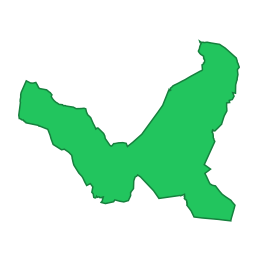 Atlixtac, Guerrero, Mexico (orthographic projection), rotated 92°
{"feature_id": "50627088B22623641614442", "entity_name": "Atlixtac", "entity_type": "district", "adm_level": 2, "iso_a3": "MEX", "parent_name": "Mexico", "parent_adm1": "Guerrero", "projection": "orthographic", "projection_center": [-98.897, 17.476], "detail": "fine", "context": "isolated", "style": "filled", "palette": "green", "viewbox_px": 256, "rotation_deg": 92, "n_neighbors": 0, "source": "geoboundaries", "source_scale": "gbopen_adm2", "svg_char_len": 4908}
<svg xmlns="http://www.w3.org/2000/svg" viewBox="0 0 256 256"><g transform="rotate(92 128 128)"><path d="M110.3,170.9L109.8,172.6L110.2,175.5L110.5,180.5L109.1,183.3L108.2,190.6L107.8,191.4L107.9,193.4L107.0,194.3L106.8,197.6L106.7,197.9L105.6,199.4L104.9,200.8L103.2,202.9L102.8,203.2L101.6,204.3L99.4,205.8L97.4,205.2L96.6,206.0L95.3,207.0L95.2,207.4L92.7,210.7L91.7,217.5L90.9,218.7L88.4,220.0L85.7,221.7L86.5,224.5L86.4,227.1L84.4,231.3L96.2,236.0L98.4,236.4L101.1,236.3L103.4,236.7L105.3,236.7L106.3,236.4L119.0,237.6L122.3,237.0L122.3,236.6L122.5,236.1L122.6,235.9L122.7,235.7L122.8,235.5L122.9,235.2L123.0,235.0L123.2,234.9L123.3,234.9L123.5,234.4L123.6,234.2L123.7,233.8L123.7,233.4L123.6,233.1L123.7,232.8L124.0,232.6L124.3,232.5L124.6,232.4L124.9,231.5L125.2,231.4L125.5,231.2L125.7,230.9L125.8,230.5L125.9,230.2L126.2,230.0L126.4,230.0L128.4,218.2L128.7,217.5L128.9,217.4L129.1,217.2L129.3,216.9L129.1,216.5L132.1,208.1L137.7,205.7L138.5,205.4L141.2,204.6L147.1,202.2L148.7,199.4L152.1,193.6L151.4,190.9L154.0,186.8L154.7,185.9L157.3,183.3L159.0,182.9L159.1,182.7L159.4,182.8L159.7,182.8L159.9,182.8L163.8,181.8L165.8,181.2L166.7,180.9L167.6,180.4L174.8,175.5L178.0,172.3L179.9,171.1L181.1,170.5L183.3,169.4L186.9,167.3L184.9,163.7L188.1,161.1L193.5,161.9L194.6,160.8L195.1,160.5L198.5,159.8L199.0,158.6L199.0,158.1L198.9,157.9L198.8,157.7L198.1,157.4L197.5,157.1L198.0,156.9L198.1,156.6L198.2,156.3L198.2,156.2L198.3,156.1L198.2,155.9L197.9,155.8L197.9,155.6L197.9,155.3L197.9,154.8L197.9,154.6L198.0,154.3L198.3,154.3L198.4,154.2L198.2,153.9L198.4,153.7L198.5,153.6L198.5,153.3L198.5,153.1L198.5,152.9L198.6,152.7L198.7,152.3L198.6,152.1L198.4,151.9L198.2,151.8L198.2,151.7L198.2,151.4L198.0,151.0L197.8,150.3L202.4,151.4L202.5,151.6L202.6,151.8L202.8,152.0L203.3,152.3L204.3,147.9L202.2,139.8L200.3,138.7L201.5,133.4L202.0,129.6L200.5,125.1L195.5,123.0L192.4,123.2L192.1,123.0L192.1,122.9L191.9,122.9L188.4,120.4L180.6,120.4L176.7,119.2L176.3,118.5L175.7,117.5L174.8,116.8L174.6,116.7L176.5,113.7L177.5,112.7L189.8,100.2L197.3,94.6L193.6,73.7L193.7,73.3L193.9,73.0L193.7,72.6L193.6,72.3L192.3,69.3L192.5,69.3L192.6,69.2L193.2,69.1L193.5,69.1L194.1,69.0L194.3,69.0L194.4,68.9L194.5,68.9L194.6,69.0L194.6,69.3L194.9,69.2L195.0,69.0L195.3,68.9L195.5,68.9L195.7,69.0L195.8,69.0L196.0,69.0L196.3,69.1L196.3,68.9L196.6,68.9L196.8,68.8L196.9,68.7L197.0,68.7L197.4,68.4L197.4,68.1L197.5,68.1L197.8,67.6L197.8,67.4L197.9,67.2L198.1,67.1L198.6,67.0L198.9,66.8L199.1,66.8L199.3,66.8L199.4,66.7L199.5,66.6L199.8,66.6L200.0,66.7L200.3,66.7L200.5,66.4L200.8,66.3L201.0,66.5L201.3,66.5L201.5,66.5L201.6,66.4L201.7,66.2L201.8,66.2L202.0,66.4L202.3,66.4L202.6,66.2L202.7,66.3L203.0,66.5L208.5,62.1L214.6,58.9L215.3,51.0L216.2,34.1L216.6,29.8L217.2,22.0L216.7,22.0L214.2,21.5L212.7,21.1L209.1,20.2L204.2,19.0L201.4,18.4L198.1,21.5L196.7,22.6L193.3,28.1L190.9,31.6L187.9,34.4L182.8,38.6L182.3,41.6L180.9,44.2L178.7,45.4L173.7,47.9L170.7,49.6L166.2,44.1L161.9,50.5L138.5,40.8L138.1,40.9L138.0,41.0L137.8,41.1L137.4,41.4L137.3,41.5L136.3,41.8L135.5,42.0L135.4,42.0L135.1,42.3L134.9,42.4L134.7,42.5L134.4,42.5L133.9,42.5L133.6,42.5L133.4,42.5L131.7,42.7L131.3,42.8L131.1,42.9L130.7,42.9L130.6,43.0L130.3,43.1L130.0,43.2L129.7,43.5L129.4,43.7L129.2,43.7L129.1,43.8L129.0,43.7L128.7,43.6L128.4,43.6L128.1,43.6L127.8,43.5L127.7,43.5L127.6,43.4L127.3,43.3L127.1,43.2L126.9,43.3L126.8,43.2L127.0,43.0L127.3,43.1L127.5,43.0L127.6,42.9L127.8,42.7L127.9,42.4L127.8,42.0L127.8,41.7L127.9,41.1L125.0,38.3L120.8,34.5L120.4,34.5L114.3,32.8L112.4,32.2L107.5,29.8L104.6,30.0L103.6,30.2L99.5,30.3L99.0,27.3L96.9,27.8L95.9,24.8L92.5,23.1L89.0,24.6L89.5,21.8L81.1,21.9L76.9,21.0L76.1,20.6L75.8,20.6L74.4,20.6L70.8,20.0L67.0,20.6L66.0,20.6L65.6,20.6L63.6,19.0L63.1,19.0L62.5,19.3L60.9,19.9L60.0,20.2L59.4,20.4L58.7,21.0L56.5,21.4L55.8,21.8L54.3,22.2L44.7,33.7L42.4,37.5L41.2,39.4L40.2,47.5L39.5,51.9L40.0,55.1L39.8,55.4L39.7,55.7L39.8,57.4L39.5,58.4L38.8,59.4L40.2,58.9L40.6,57.7L41.0,57.9L42.7,58.6L44.3,59.1L46.7,59.5L48.1,60.2L48.8,60.3L49.3,60.1L49.6,59.8L50.1,59.5L51.7,58.1L53.5,55.1L54.0,55.0L54.4,54.8L55.5,54.9L55.7,54.6L56.6,54.4L56.6,54.2L56.8,54.0L57.4,53.8L58.2,53.7L58.6,53.8L59.0,53.9L59.5,53.8L59.9,54.0L60.1,54.2L60.4,54.7L60.6,54.6L60.8,54.7L61.1,54.7L61.4,55.0L61.8,55.4L62.3,56.2L64.1,56.0L66.5,55.7L67.3,55.7L68.0,56.3L68.6,57.7L71.5,62.6L72.4,64.1L74.1,67.0L75.8,69.7L77.7,72.6L79.2,75.4L81.2,78.8L82.4,81.0L83.2,82.6L83.9,83.8L84.2,84.4L85.1,85.2L85.9,85.9L86.5,86.7L86.9,87.1L88.8,86.7L89.0,87.1L88.2,88.3L89.5,88.3L89.8,88.6L89.6,88.9L104.1,94.1L110.9,98.5L133.8,114.0L142.1,122.7L146.5,127.9L143.4,129.3L142.8,132.6L143.2,137.1L144.0,140.5L144.1,141.7L146.7,143.8L146.7,144.3L145.9,145.5L139.3,150.4L136.8,150.9L134.3,152.2L129.1,157.9L129.1,158.9L130.2,160.1L126.8,161.7L125.0,162.8L118.9,165.7L116.1,168.8L114.0,169.8L113.0,170.2L110.3,170.9Z" fill="#22c55e" stroke="#15803d" stroke-width="1.5"/></g></svg>